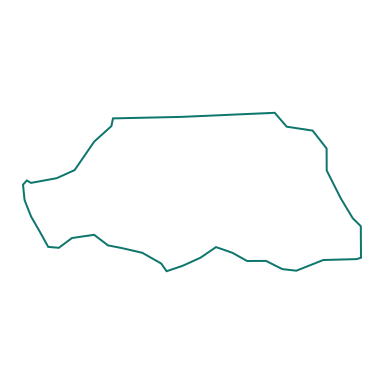 Härryda, Västra Götaland, Sweden (Albers equal-area conic projection)
{"feature_id": "70781695B40038989009726", "entity_name": "Härryda", "entity_type": "district", "adm_level": 2, "iso_a3": "SWE", "parent_name": "Sweden", "parent_adm1": "Västra Götaland", "projection": "albers", "projection_center": [12.327, 57.685], "detail": "fine", "context": "isolated", "style": "outline", "palette": "teal", "viewbox_px": 384, "rotation_deg": 0, "n_neighbors": 0, "source": "geoboundaries", "source_scale": "gbopen_adm2", "svg_char_len": 605}
<svg xmlns="http://www.w3.org/2000/svg" viewBox="0 0 384 384"><path d="M26.8,180.5L23.0,184.7L24.6,200.2L31.1,216.6L40.1,232.2L48.2,246.9L58.8,247.8L72.0,238.0L94.1,234.8L108.0,245.4L121.0,247.9L142.3,252.8L161.2,263.5L166.6,271.2L182.4,265.9L200.5,257.7L216.0,247.1L232.4,252.8L247.1,261.0L266.0,260.9L282.3,269.1L296.3,270.7L323.3,260.0L356.8,259.1L361.0,257.7L360.8,226.2L352.8,218.3L340.8,198.4L326.7,170.5L326.6,148.5L312.6,130.6L286.7,126.7L274.7,112.8L181.1,116.9L113.0,118.4L111.4,126.1L94.2,141.6L74.6,170.1L56.6,178.2L31.0,182.9L26.8,180.5Z" fill="none" stroke="#0f766e" stroke-width="2"/></svg>